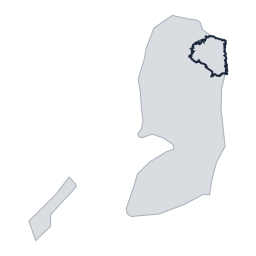 location of Tubas, West Bank, Palestine
{"feature_id": "87354302B78640432651808", "entity_name": "Tubas", "entity_type": "district", "adm_level": 2, "iso_a3": "PSE", "parent_name": "Palestine", "parent_adm1": "West Bank", "projection": "mercator", "projection_center": [35.475, 32.295], "detail": "fine", "context": "in_parent", "style": "outline", "palette": "slate", "viewbox_px": 256, "rotation_deg": 0, "n_neighbors": 0, "source": "geoboundaries", "source_scale": "gbopen_adm2", "svg_char_len": 5308}
<svg xmlns="http://www.w3.org/2000/svg" viewBox="0 0 256 256"><path d="M224.0,39.1L227.0,66.0L221.6,89.0L221.1,109.1L225.1,146.4L216.5,162.2L211.6,180.8L209.5,194.9L203.4,194.3L184.4,204.4L159.1,214.0L131.2,216.5L127.2,213.7L126.1,208.8L134.3,185.2L137.4,174.0L149.5,162.0L166.6,151.6L173.9,149.0L173.0,144.5L162.8,137.7L152.2,134.1L142.0,137.7L138.9,136.6L137.8,133.5L141.3,129.2L143.0,121.3L141.4,108.0L140.3,91.7L138.1,79.1L144.4,58.7L146.0,48.9L153.9,28.0L172.4,15.4L188.3,19.0L196.7,20.0L200.3,22.4L202.6,29.7L214.4,38.1L224.0,39.1ZM69.1,177.0L75.8,184.3L76.0,187.0L50.7,214.6L50.5,226.4L35.6,240.6L30.9,226.5L28.8,221.3L56.1,194.1L69.1,177.0Z" fill="#d9dde1" stroke="#a8b0b8" stroke-width="1"/><path d="M226.6,74.1L226.6,73.9L227.0,73.8L227.1,73.7L226.7,73.2L226.7,72.6L226.4,72.6L225.9,72.9L225.6,72.8L225.6,72.6L225.8,72.3L225.9,72.1L226.1,71.8L226.1,71.7L225.8,71.5L225.7,71.3L225.8,71.0L225.9,70.9L226.0,70.9L226.1,71.2L226.2,71.3L226.3,71.3L226.5,71.0L226.7,70.9L226.9,70.9L227.0,71.0L227.2,70.9L227.1,70.7L227.1,70.3L226.8,69.9L226.6,70.1L226.0,69.7L225.9,69.6L226.0,69.4L226.4,69.2L226.5,69.2L227.0,69.4L227.1,69.2L227.0,68.9L226.6,69.0L226.5,68.8L226.5,68.7L226.6,68.4L226.7,67.5L226.7,67.3L226.5,67.2L226.3,67.2L226.3,67.5L226.2,67.6L225.8,67.6L225.7,67.4L225.6,66.7L225.1,66.5L225.0,66.1L225.3,66.0L225.5,66.2L225.8,66.1L225.7,65.9L225.7,65.7L225.7,65.4L225.9,65.4L226.0,65.5L226.1,65.9L226.3,66.0L226.6,65.9L226.5,65.7L226.3,65.7L226.2,65.6L226.5,65.3L226.8,65.4L226.9,65.1L226.9,64.9L226.6,64.8L226.6,64.7L226.5,64.3L226.4,64.0L226.2,63.9L225.8,63.9L225.7,63.8L225.6,63.7L225.6,63.4L225.7,63.1L225.9,62.4L226.0,61.9L225.4,61.6L225.2,60.8L225.0,60.1L225.4,60.0L225.7,59.7L226.0,59.7L226.1,59.4L226.0,59.2L226.1,58.8L226.2,58.6L226.3,58.2L226.2,57.8L226.0,57.3L225.8,57.0L225.6,56.5L225.6,56.2L225.0,55.9L224.6,55.8L224.5,55.7L224.9,55.4L224.9,55.2L225.0,55.0L225.3,54.9L225.1,54.9L225.3,54.7L225.7,54.1L225.8,53.8L225.4,53.2L225.4,52.7L225.3,52.4L225.0,52.1L224.4,51.8L224.3,51.7L224.3,51.4L224.6,51.0L224.5,50.4L224.8,50.2L224.7,49.5L224.6,48.8L224.5,48.2L224.4,48.0L224.9,47.4L225.2,47.3L225.2,47.2L224.8,46.6L224.5,46.1L224.7,45.8L224.8,45.7L224.7,45.6L224.3,45.3L224.3,45.0L224.4,44.6L224.2,44.0L224.3,44.0L224.5,44.0L225.0,44.3L225.1,44.5L224.9,44.9L224.9,45.0L225.1,45.2L225.8,43.6L225.8,43.2L225.8,42.8L225.7,42.5L225.7,42.2L225.3,41.8L225.3,41.4L225.6,41.0L225.6,40.9L225.4,40.9L225.0,40.7L224.5,40.2L224.4,40.2L224.2,40.3L224.0,40.2L223.4,40.2L222.8,40.5L222.6,40.5L222.2,40.3L221.7,39.8L221.0,39.5L219.7,39.1L219.4,39.1L218.7,38.8L217.8,38.5L216.1,38.1L215.8,38.2L215.2,37.7L214.3,36.9L213.9,36.7L213.6,36.5L212.5,36.4L212.3,36.3L212.0,36.3L211.9,36.2L211.6,36.3L211.1,36.2L210.9,36.3L210.5,36.1L210.1,36.2L209.8,36.1L209.7,36.3L209.1,36.6L208.7,36.5L208.5,37.0L208.1,37.3L206.9,37.0L206.6,36.8L206.1,36.3L205.7,36.5L206.0,37.2L206.3,37.6L206.3,38.1L206.1,38.4L205.4,39.5L205.3,39.8L205.0,40.4L204.9,40.3L205.0,39.9L203.8,39.4L203.4,39.5L203.7,40.2L203.7,41.0L203.5,41.3L203.5,41.5L203.0,40.8L202.5,40.5L202.2,40.4L202.2,40.5L201.9,40.6L201.6,40.3L201.1,40.4L201.1,40.6L201.4,41.0L201.4,42.3L201.3,42.6L200.7,43.4L199.7,44.1L199.2,43.7L199.0,43.8L198.9,43.5L199.0,43.4L199.4,43.4L199.5,43.2L199.4,43.0L199.2,43.0L199.1,42.7L198.7,42.3L198.7,41.4L197.8,42.0L197.9,42.3L197.9,42.5L197.8,42.4L197.3,42.4L197.6,42.9L197.2,42.9L196.7,43.0L196.4,43.0L196.5,43.1L196.7,43.3L196.7,43.6L196.4,43.9L196.0,44.1L195.9,44.1L195.3,44.0L195.2,44.0L194.9,43.9L194.6,43.9L194.4,44.0L193.6,44.5L193.1,44.8L192.7,46.2L193.1,46.3L193.3,46.4L193.3,46.7L192.8,46.8L193.0,47.4L192.9,47.9L193.1,48.1L192.9,48.2L192.3,48.1L191.8,48.3L191.5,48.5L192.0,48.6L192.3,48.8L192.2,48.9L192.2,49.2L191.5,49.1L191.4,49.3L191.8,49.9L192.3,50.9L192.5,51.0L193.0,51.4L193.3,51.4L193.0,51.7L193.3,51.9L193.0,52.4L192.5,53.3L192.4,53.4L191.8,52.9L191.8,53.2L191.8,53.3L191.7,54.8L191.3,55.0L190.3,55.4L190.6,55.7L190.0,55.7L189.9,56.0L189.9,56.3L189.6,56.2L189.2,56.4L189.2,56.5L189.7,56.5L189.8,56.8L190.0,56.8L190.4,56.9L190.9,56.9L190.9,57.0L190.9,57.8L191.6,58.9L192.4,59.2L192.3,59.5L192.7,59.8L192.8,59.9L192.8,60.2L192.6,60.2L193.0,60.3L193.4,60.5L194.1,60.9L194.1,61.0L194.3,61.2L194.8,61.4L195.1,61.6L195.4,61.8L195.5,61.7L195.8,61.7L195.9,61.8L196.0,62.1L196.3,62.4L197.2,61.9L197.5,61.9L197.3,61.7L197.8,61.5L197.9,61.4L198.2,61.0L198.5,60.6L198.8,60.3L200.6,62.7L201.3,63.3L202.7,63.5L203.1,63.6L203.5,63.8L204.0,63.9L205.8,65.0L205.7,65.2L205.7,65.3L205.6,65.7L205.5,65.8L205.4,66.0L205.5,66.1L205.7,66.3L205.8,66.6L205.8,66.8L206.0,66.8L205.9,66.9L205.9,67.0L206.2,66.9L206.3,66.9L206.5,67.1L206.5,67.3L206.7,67.7L207.1,68.1L208.0,68.7L208.7,69.2L211.6,71.1L212.2,71.6L212.4,72.4L212.3,73.3L212.2,74.1L212.0,74.9L211.7,75.5L211.3,76.3L211.4,76.5L211.6,76.5L211.9,76.4L212.5,75.9L213.0,75.9L213.4,75.6L213.7,75.3L214.1,74.5L214.4,74.3L215.0,74.1L215.3,74.2L215.5,74.3L216.1,74.9L216.4,75.3L217.4,75.8L218.2,76.0L218.4,76.0L218.5,75.8L219.0,75.4L219.6,75.9L220.0,75.9L220.2,75.6L220.3,75.4L220.3,75.2L220.8,75.1L220.9,74.8L221.4,74.5L221.4,74.4L221.3,74.1L221.9,73.8L221.9,73.7L222.0,73.5L222.5,73.4L222.9,73.3L223.1,73.3L223.5,73.4L223.8,73.5L223.9,73.4L224.2,73.3L224.4,73.2L224.6,73.2L224.9,73.4L225.1,73.4L225.3,73.8L225.8,73.8L226.1,74.0L226.6,74.1Z" fill="none" stroke="#1e293b" stroke-width="2"/></svg>